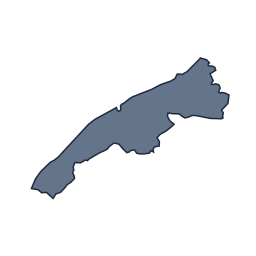 an SVG outline of Hambantŏṭa, rotated 171°
{"feature_id": "LKA-2465", "entity_name": "Hambantŏṭa", "entity_type": "District", "adm_level": 1, "iso_a3": "LKA", "parent_name": "Sri Lanka", "parent_adm1": "", "projection": "orthographic", "projection_center": [81.085, 6.277], "detail": "fine", "context": "isolated", "style": "filled", "palette": "slate", "viewbox_px": 256, "rotation_deg": 171, "n_neighbors": 0, "source": "natural_earth", "source_scale": "10m", "svg_char_len": 1579}
<svg xmlns="http://www.w3.org/2000/svg" viewBox="0 0 256 256"><g transform="rotate(171 128 128)"><path d="M232.9,83.3L227.1,92.5L221.1,98.5L210.0,106.4L206.4,107.5L201.6,110.1L166.2,138.0L159.1,141.8L136.2,150.0L135.8,147.2L134.4,146.0L134.1,146.1L133.0,146.4L132.2,147.9L131.9,151.1L130.8,152.4L129.1,152.8L126.9,153.8L122.8,156.3L118.6,158.1L98.8,162.4L89.2,165.7L78.6,167.6L73.8,169.5L70.9,173.6L65.7,172.5L62.5,173.8L60.7,174.5L53.4,179.9L46.0,185.3L45.6,185.9L44.5,185.3L39.7,183.1L37.4,179.6L38.8,178.8L38.9,177.2L37.2,176.3L35.4,176.1L32.8,174.4L32.3,171.3L38.5,168.7L36.4,161.3L38.1,159.7L38.8,158.1L36.7,157.6L34.5,158.0L31.4,156.3L30.7,153.0L31.8,151.3L32.8,149.3L31.7,148.2L30.0,148.5L26.4,147.2L23.1,144.8L25.5,136.6L32.8,131.0L31.5,128.0L32.8,124.6L32.5,123.2L34.3,122.5L45.2,124.6L59.1,129.7L62.8,130.3L66.4,129.4L70.1,129.0L73.0,131.3L75.2,133.9L82.2,135.3L86.2,136.6L87.2,133.3L85.4,128.4L81.9,124.5L86.6,121.4L91.4,118.8L96.8,117.0L100.9,113.9L99.1,109.6L100.0,105.3L102.4,105.3L105.0,105.1L106.6,102.9L106.5,100.3L108.9,102.0L110.7,99.9L115.5,99.9L120.2,100.5L123.4,101.7L124.9,105.2L126.8,105.4L128.8,105.3L130.6,104.1L133.0,103.8L136.5,108.5L139.5,113.5L144.2,115.4L149.5,112.6L151.3,110.7L154.2,109.5L159.8,108.0L171.1,103.6L173.2,102.1L173.7,102.6L175.4,102.9L180.4,101.0L185.8,102.2L188.2,98.2L188.2,96.5L188.1,94.9L189.0,93.7L189.8,92.4L188.8,89.8L188.7,86.6L192.5,83.6L197.0,81.5L200.5,78.2L204.5,75.1L209.6,74.1L213.0,70.1L218.7,77.2L220.9,77.3L223.4,77.6L226.6,81.2L231.2,82.7L232.9,83.3Z" fill="#64748b" stroke="#1e293b" stroke-width="1.5"/></g></svg>